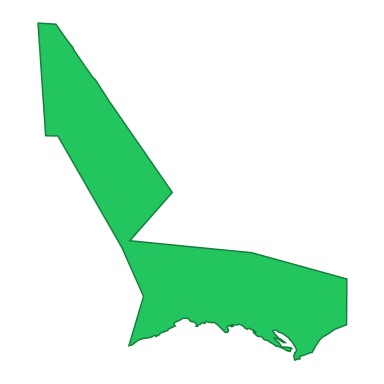 outline of Chami, Inchiri, Mauritania, rotated 271°
{"feature_id": "47542326B60250303477597", "entity_name": "Chami", "entity_type": "district", "adm_level": 2, "iso_a3": "MRT", "parent_name": "Mauritania", "parent_adm1": "Inchiri", "projection": "robinson", "projection_center": [-16.149, 20.164], "detail": "fine", "context": "isolated", "style": "filled", "palette": "green", "viewbox_px": 384, "rotation_deg": 271, "n_neighbors": 0, "source": "geoboundaries", "source_scale": "gbopen_adm2", "svg_char_len": 2733}
<svg xmlns="http://www.w3.org/2000/svg" viewBox="0 0 384 384"><g transform="rotate(271 192 192)"><path d="M302.6,93.4L305.5,90.3L331.5,71.6L334.7,70.1L342.4,63.8L342.5,63.7L357.4,53.0L357.5,50.6L357.7,47.0L358.2,35.1L245.7,44.7L245.7,56.9L140.0,120.0L134.7,123.1L86.8,145.4L37.2,131.6L38.0,134.8L39.4,136.4L40.6,137.9L42.6,140.6L43.5,142.4L44.1,144.1L44.8,146.4L45.2,149.2L45.5,151.0L45.8,152.7L46.9,155.3L47.9,156.5L48.1,158.3L46.9,158.4L48.9,162.1L49.2,162.0L49.6,162.2L50.3,163.0L51.1,164.5L51.6,166.5L52.1,166.5L52.4,168.5L53.2,170.2L54.6,170.8L57.7,177.6L58.7,176.6L60.7,176.7L62.0,178.3L63.1,181.1L65.7,185.5L65.5,190.5L62.9,192.4L62.3,194.3L62.1,196.3L60.8,197.9L59.3,199.0L57.9,198.4L57.8,200.0L59.0,199.9L59.8,202.7L61.0,203.5L61.6,204.3L61.0,205.7L61.1,207.5L62.2,207.7L62.8,208.3L62.8,209.0L62.2,210.2L61.8,211.9L62.1,212.7L61.6,214.0L62.1,215.6L61.8,216.8L59.6,220.0L52.2,227.7L52.2,229.4L53.1,230.7L54.5,231.0L56.7,229.9L57.8,229.5L58.6,230.3L59.0,232.0L58.4,233.1L58.0,234.0L58.5,235.5L59.2,234.8L59.4,233.2L59.9,233.4L60.1,235.1L59.8,236.0L59.9,239.5L60.5,241.3L60.2,242.9L59.6,244.0L58.5,245.9L57.3,246.9L56.2,248.4L55.8,249.9L56.5,250.8L56.8,251.8L55.6,253.5L54.7,256.2L53.2,258.0L52.5,258.2L52.7,257.0L53.3,255.8L52.7,255.8L52.4,256.0L51.3,257.4L49.6,259.1L49.1,259.9L48.6,261.3L48.7,262.7L48.4,264.0L47.6,265.3L46.2,266.0L45.5,267.0L45.2,269.0L44.9,269.9L42.2,274.5L41.6,275.3L41.3,276.2L40.5,277.1L39.4,278.4L39.3,280.3L38.0,283.6L36.9,286.4L35.0,289.6L34.3,293.1L36.4,293.5L37.2,294.6L38.0,293.6L38.6,289.2L38.6,284.2L40.0,283.5L42.7,281.9L43.6,280.5L44.4,279.6L45.2,278.6L46.0,278.0L46.6,277.5L47.5,276.9L47.3,278.2L46.7,279.8L46.4,280.5L45.0,283.0L43.8,284.8L43.0,286.1L43.1,286.9L43.1,287.8L44.4,286.1L45.9,284.0L46.6,282.9L47.4,281.0L49.2,279.8L49.8,279.0L50.8,277.8L51.8,277.0L52.7,276.6L53.2,276.2L53.7,275.7L54.1,275.4L54.8,275.5L55.3,276.5L55.5,277.6L55.2,278.4L55.1,278.9L54.2,280.0L53.4,281.1L52.9,282.7L52.3,284.5L51.7,285.9L50.3,287.6L49.4,289.0L48.7,290.1L47.3,291.6L45.6,292.8L44.6,294.2L42.7,295.4L42.3,295.8L41.7,296.1L41.2,296.5L40.2,296.9L39.1,297.8L36.8,299.1L35.8,299.2L34.4,299.0L33.1,297.6L32.2,297.8L31.8,297.3L30.4,296.6L29.8,296.7L26.6,297.4L25.9,297.5L25.8,298.7L26.7,299.5L26.9,302.8L29.7,302.9L30.1,304.4L30.7,306.6L31.9,309.5L32.4,310.7L33.5,313.4L33.6,314.8L36.8,316.6L38.2,317.3L40.7,318.5L42.0,319.6L42.8,320.1L44.3,320.9L45.4,321.7L46.9,322.8L48.3,324.3L49.5,325.4L50.9,328.2L51.8,329.3L52.4,330.5L53.4,332.0L54.5,333.3L55.9,335.5L57.3,337.3L58.0,339.0L58.8,341.2L61.2,347.0L61.4,347.5L61.8,348.7L61.9,348.9L107.7,348.3L132.3,252.9L135.3,215.8L137.9,183.0L142.2,130.7L191.2,172.3L271.2,114.9L281.2,107.7L302.6,93.4Z" fill="#22c55e" stroke="#15803d" stroke-width="1.5"/></g></svg>